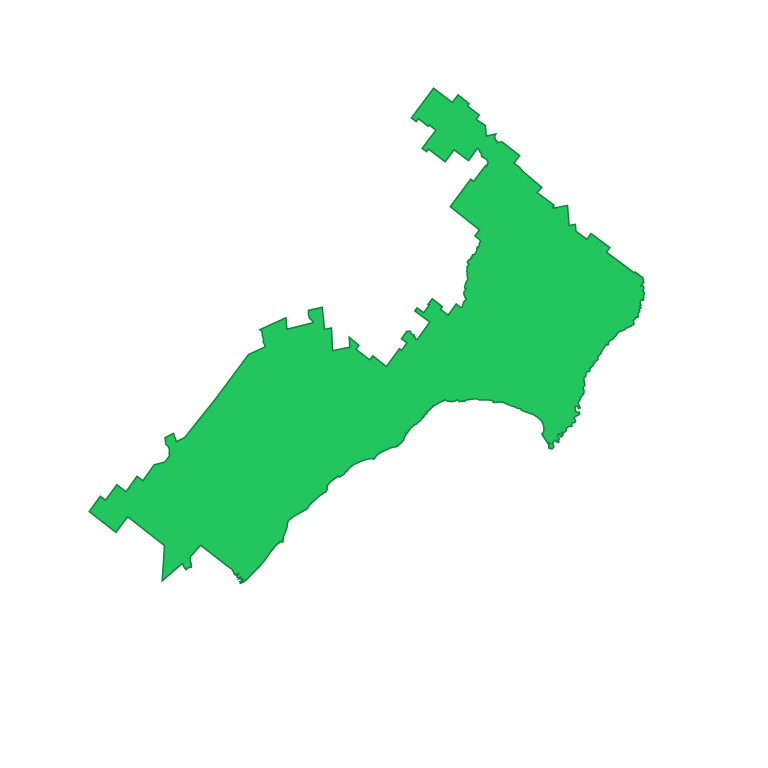 outline of Carpentaria, Queensland, Australia, rotated 212°
{"feature_id": "25037944B42158127814454", "entity_name": "Carpentaria", "entity_type": "district", "adm_level": 2, "iso_a3": "AUS", "parent_name": "Australia", "parent_adm1": "Queensland", "projection": "natural_earth1", "projection_center": [140.957, -17.323], "detail": "fine", "context": "isolated", "style": "filled", "palette": "green", "viewbox_px": 768, "rotation_deg": 212, "n_neighbors": 0, "source": "geoboundaries", "source_scale": "gbopen_adm2", "svg_char_len": 6170}
<svg xmlns="http://www.w3.org/2000/svg" viewBox="0 0 768 768"><g transform="rotate(212 384 384)"><path d="M220.7,611.2L230.4,612.1L230.5,610.9L265.2,613.7L264.8,619.4L288.3,621.3L288.3,617.4L288.8,614.2L302.2,615.3L306.3,620.8L311.0,616.6L323.0,632.7L333.0,623.3L333.7,624.0L334.0,623.2L334.5,623.5L334.7,625.8L355.6,627.4L354.4,634.3L378.5,637.8L384.1,639.6L390.8,640.1L390.0,649.6L412.4,651.9L416.0,648.7L417.0,650.1L418.2,650.0L420.5,651.5L421.8,653.9L421.7,655.4L428.6,648.4L435.0,656.9L446.0,657.3L445.7,662.5L460.5,664.0L460.3,666.8L474.4,668.5L475.4,658.9L498.7,661.1L501.7,624.1L495.7,623.6L495.5,627.3L483.2,625.9L483.0,627.7L474.5,626.7L476.5,604.0L471.1,603.6L470.8,606.8L449.9,604.8L448.7,619.7L430.7,618.2L429.6,633.3L427.8,633.4L425.9,631.6L424.4,631.6L421.7,628.6L416.5,628.8L415.0,628.4L413.2,627.0L413.2,626.2L412.6,625.8L412.8,624.3L412.3,622.8L413.6,623.0L415.4,603.3L419.0,603.7L421.8,569.5L384.7,565.2L385.4,557.7L379.2,557.0L377.3,555.8L377.8,555.2L377.7,553.7L376.9,552.3L376.4,550.1L377.3,550.0L377.5,549.4L377.0,547.9L376.1,547.2L375.6,543.5L375.9,543.2L375.8,541.7L377.4,540.5L376.7,538.3L377.3,537.7L376.8,536.6L376.9,535.6L378.0,534.0L377.7,531.3L375.3,530.0L375.7,528.7L375.4,526.5L374.4,525.9L373.7,523.5L372.1,522.5L371.8,521.0L370.8,520.3L370.5,519.2L368.8,518.3L368.4,516.3L368.4,513.6L367.7,512.6L368.0,511.8L367.4,510.9L367.3,509.5L366.4,508.0L365.4,508.2L364.7,507.6L365.2,505.3L364.1,502.7L362.4,501.4L361.9,501.5L361.3,500.4L359.2,499.5L359.8,496.8L359.8,495.2L359.2,494.3L359.4,493.7L358.5,490.7L359.9,489.4L365.2,490.2L366.2,476.3L375.7,477.3L375.5,480.5L388.3,481.9L388.9,474.8L387.5,475.1L388.1,465.5L396.3,466.1L396.6,462.3L378.0,460.8L379.4,439.1L380.9,438.7L381.9,440.2L384.2,440.2L384.3,441.5L387.5,441.1L389.3,442.7L390.4,442.4L392.6,440.8L393.2,431.5L386.4,431.1L386.8,421.9L389.6,422.2L391.3,400.0L408.4,402.0L408.9,396.9L426.1,398.6L425.8,403.5L438.3,405.2L432.5,397.2L445.3,385.0L458.2,403.7L463.4,398.8L477.0,416.4L487.1,406.5L485.0,402.9L482.8,401.2L482.4,400.3L478.5,399.7L476.6,398.5L495.4,379.0L502.3,388.2L518.1,364.3L516.0,364.2L515.0,363.6L513.0,360.8L510.0,358.3L508.5,355.3L506.3,354.3L504.6,352.5L514.5,337.1L519.0,281.9L524.7,232.9L529.4,225.1L536.4,230.6L541.3,222.4L537.2,217.4L534.3,216.7L531.6,215.2L528.7,210.2L527.7,209.7L528.7,201.4L536.1,193.7L537.2,174.2L544.6,174.8L545.7,155.9L557.2,157.0L558.6,137.9L565.1,138.5L566.4,119.6L532.7,116.1L531.0,135.6L484.5,130.6L467.8,99.5L460.0,124.7L459.4,124.8L456.7,122.8L453.5,121.6L452.3,124.9L450.4,126.3L450.9,128.0L451.9,128.5L452.4,129.8L453.7,130.4L456.7,134.6L454.1,150.0L417.1,146.3L414.9,146.7L414.4,146.0L412.9,145.3L412.2,145.5L411.5,144.1L409.9,143.3L409.4,144.3L408.8,144.3L409.1,143.8L408.5,143.5L408.5,144.6L407.6,145.5L406.8,144.8L406.8,145.9L406.4,145.2L407.3,143.3L406.4,143.3L406.0,142.3L404.5,142.6L404.2,141.7L404.0,142.6L402.9,142.3L402.9,143.6L403.5,143.7L403.6,144.4L402.6,144.3L401.9,143.4L400.9,143.6L400.7,143.0L401.3,142.6L400.7,141.6L399.6,143.0L399.6,141.6L401.5,140.0L400.7,139.7L400.3,138.8L399.6,139.2L399.4,140.4L398.1,141.5L396.9,145.1L393.7,160.0L393.0,161.8L391.7,171.0L391.4,178.6L390.1,190.3L388.6,194.2L388.7,195.4L388.2,195.9L386.8,195.7L386.0,196.4L388.2,201.0L390.1,210.7L392.1,214.7L392.7,217.5L390.4,223.9L383.4,236.7L382.8,238.8L383.1,240.6L382.6,243.5L380.0,253.1L377.2,260.4L376.5,260.6L376.6,261.2L376.0,261.9L376.2,264.2L377.8,266.7L378.2,268.4L377.2,273.6L374.7,279.9L374.3,281.9L373.0,281.2L372.1,281.9L371.2,284.2L370.0,285.9L370.1,287.6L369.7,289.8L369.3,290.0L368.7,295.0L366.8,299.8L361.9,307.2L358.2,311.5L354.2,314.7L352.9,314.6L352.4,316.5L352.5,319.0L350.9,323.5L344.9,332.9L341.5,336.4L340.6,336.8L340.1,337.8L340.2,338.4L339.9,338.1L338.8,340.6L337.6,346.3L338.4,349.9L338.5,352.3L339.3,353.2L338.7,353.0L338.4,354.0L338.0,360.9L336.6,364.5L336.8,365.5L335.2,367.3L335.1,369.3L333.7,371.9L333.3,376.5L332.9,376.6L333.4,377.8L332.8,378.1L333.1,379.4L332.2,381.2L332.2,382.9L332.8,383.0L332.2,383.3L332.3,384.7L331.5,386.5L331.6,387.1L332.4,387.3L331.5,387.4L330.4,390.7L330.8,391.8L330.0,392.2L326.1,399.3L324.2,401.6L324.2,402.9L322.3,402.8L317.5,404.6L314.9,407.0L313.6,409.2L312.6,409.5L310.7,408.9L309.9,409.9L306.7,411.9L306.3,412.6L306.7,412.6L304.8,414.9L297.9,420.4L294.4,421.1L286.9,425.9L282.7,427.4L281.8,427.0L281.8,426.5L281.1,426.4L275.9,430.3L273.2,431.5L265.3,432.7L260.2,434.1L258.4,434.0L254.9,435.4L254.2,434.7L253.0,434.6L240.8,437.2L235.7,437.1L231.2,436.3L228.5,434.9L225.0,431.3L223.7,428.9L223.2,426.8L223.7,425.9L223.1,424.8L213.1,420.3L212.5,420.9L212.8,421.5L211.6,421.6L211.5,420.7L212.2,419.5L210.2,417.0L209.6,417.0L208.7,418.0L208.0,417.5L207.0,418.1L206.6,420.8L209.4,423.1L209.8,425.8L209.1,427.0L207.5,426.2L205.1,426.8L204.9,427.4L205.5,428.3L206.7,428.5L206.2,430.1L206.6,430.8L209.4,432.0L209.7,433.9L208.8,434.7L206.9,432.9L205.8,432.9L205.4,433.5L205.2,435.9L205.7,436.3L207.0,435.9L207.7,437.2L205.9,437.9L205.2,439.1L204.7,441.2L206.0,442.5L205.9,443.5L204.8,445.9L203.2,446.8L202.3,448.1L203.4,449.2L203.6,450.8L201.8,452.5L201.6,453.6L202.5,454.8L204.3,455.6L204.8,456.7L204.6,457.6L202.7,460.7L202.3,462.5L203.5,463.8L204.9,462.4L206.2,462.2L207.9,463.2L209.8,465.4L209.1,467.1L207.3,467.4L205.9,466.1L204.9,467.8L206.6,468.6L209.6,471.5L209.3,473.3L210.0,477.5L209.5,481.9L210.8,484.4L213.1,486.2L213.1,489.8L216.2,492.9L217.6,495.0L217.0,497.5L218.5,500.4L217.7,503.0L216.5,503.8L217.5,507.2L216.4,510.2L217.0,512.1L216.5,513.5L216.8,515.0L215.6,517.6L215.6,518.5L216.6,519.3L217.0,521.7L216.2,524.8L216.6,525.7L216.7,530.5L216.4,535.2L215.0,535.5L214.6,536.3L215.5,537.8L215.5,540.3L213.3,544.0L213.7,545.1L212.8,547.7L213.1,550.3L212.3,552.7L208.6,557.5L208.5,559.7L207.3,560.6L206.5,562.2L205.2,563.4L204.8,565.5L203.7,566.6L203.9,567.5L206.2,569.9L205.5,572.2L205.7,573.8L204.2,574.9L203.9,575.7L205.7,577.6L205.7,581.4L207.2,582.5L206.3,584.8L208.4,585.0L208.5,585.6L207.7,587.1L209.4,588.1L210.5,590.1L210.3,592.2L208.7,592.1L208.4,592.8L209.8,595.5L210.8,596.5L210.9,598.8L213.6,600.2L214.7,603.5L215.5,604.1L216.7,604.5L217.6,603.4L218.1,603.5L218.2,605.1L217.3,607.5L220.7,611.2Z" fill="#22c55e" stroke="#15803d" stroke-width="1.5"/></g></svg>